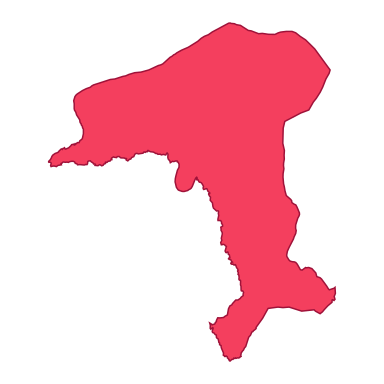 the district of Tsorona, Debub, Eritrea
{"feature_id": "51966322B5421024020858", "entity_name": "Tsorona", "entity_type": "district", "adm_level": 2, "iso_a3": "ERI", "parent_name": "Eritrea", "parent_adm1": "Debub", "projection": "mercator", "projection_center": [39.222, 14.605], "detail": "fine", "context": "isolated", "style": "filled", "palette": "rose", "viewbox_px": 384, "rotation_deg": 0, "n_neighbors": 0, "source": "geoboundaries", "source_scale": "gbopen_adm2", "svg_char_len": 5975}
<svg xmlns="http://www.w3.org/2000/svg" viewBox="0 0 384 384"><path d="M230.2,23.0L228.6,23.2L212.2,32.0L208.4,34.7L204.4,36.3L201.2,38.3L197.8,41.3L188.2,47.3L181.5,50.2L177.0,52.7L175.1,54.2L173.7,54.8L172.1,56.2L170.1,57.3L162.8,63.9L160.7,64.9L158.4,65.5L148.7,70.0L141.0,72.1L134.7,72.7L129.0,74.4L125.6,75.9L122.9,76.4L114.8,79.0L110.3,79.5L93.6,84.9L91.8,85.9L90.4,87.2L86.2,88.7L82.4,90.6L77.2,94.0L75.9,95.2L74.9,96.7L73.7,100.7L74.2,103.7L74.2,108.6L74.5,110.1L75.8,112.2L76.6,114.9L79.7,119.8L80.0,122.1L80.5,123.1L81.1,123.6L81.3,124.9L82.3,126.2L82.6,127.8L83.4,129.2L83.4,133.8L82.4,138.3L81.8,139.3L79.9,140.7L79.1,142.6L77.3,142.6L76.4,143.7L75.7,143.6L75.2,144.6L74.6,145.0L74.1,144.8L74.0,144.0L73.1,144.6L72.3,144.4L71.6,144.7L71.0,145.6L68.7,147.8L65.9,149.0L65.2,149.1L64.5,147.7L63.3,148.5L62.9,148.5L62.3,149.4L61.6,148.9L61.2,149.0L59.0,151.1L58.5,152.0L56.8,152.9L55.2,153.4L52.8,155.1L51.9,156.4L51.2,158.2L50.3,159.7L48.8,161.2L48.6,161.9L48.9,162.3L49.9,162.2L50.6,162.4L51.2,163.3L50.6,165.7L51.1,166.6L52.3,166.2L54.1,166.0L56.4,166.6L58.0,165.4L61.4,164.8L61.0,163.5L62.2,163.0L62.7,162.3L63.3,162.0L65.5,162.3L66.9,162.1L68.5,162.4L69.6,161.7L71.6,161.3L73.2,161.3L74.6,161.9L75.3,163.4L76.8,163.7L77.5,164.8L79.9,164.6L84.0,165.0L84.9,164.9L85.4,164.5L87.0,164.6L87.5,163.8L87.8,161.5L88.3,161.1L90.3,160.8L91.4,162.0L92.8,162.7L93.6,164.0L94.9,164.0L95.3,164.3L95.0,165.4L98.0,165.7L99.5,164.7L100.0,164.7L101.7,165.8L103.1,165.3L103.9,164.1L105.5,163.5L105.3,162.8L105.5,162.2L107.1,162.3L108.1,161.3L110.1,161.0L111.1,159.6L111.8,159.7L111.9,159.2L111.4,158.5L111.8,157.9L113.5,156.9L114.4,157.3L116.6,157.6L117.2,156.6L119.0,156.5L119.4,156.6L120.4,157.7L121.2,157.9L124.3,158.0L125.1,158.5L126.0,158.4L126.5,158.7L126.1,159.5L126.2,160.0L127.8,160.9L129.6,159.2L130.7,159.1L131.7,157.5L133.8,156.6L134.8,154.3L135.9,153.5L136.9,153.4L138.4,153.9L143.0,153.2L143.8,152.1L144.4,152.0L145.2,152.4L146.4,151.6L147.1,151.8L147.7,151.5L147.7,150.6L148.0,150.4L150.3,151.7L153.5,152.1L155.8,153.5L157.0,153.5L157.9,154.3L160.3,154.2L161.3,154.9L163.5,154.4L165.5,155.0L165.9,154.9L166.6,153.4L167.1,153.0L167.7,153.7L168.0,154.7L167.8,157.2L168.2,159.0L169.9,161.1L170.3,162.7L172.5,161.3L173.8,161.6L176.0,160.9L177.2,161.1L177.2,161.8L178.2,162.3L179.1,164.3L179.0,167.3L177.4,170.3L175.8,176.3L175.3,178.7L175.1,181.9L176.4,187.3L178.0,189.7L178.9,190.3L182.1,191.4L184.0,191.5L187.8,190.5L188.7,189.7L189.9,189.2L191.1,188.3L192.3,186.4L195.0,179.6L195.8,178.0L196.7,177.2L197.0,177.5L196.9,178.0L197.2,178.5L196.7,179.5L196.9,179.9L198.0,179.8L198.9,181.7L199.5,182.2L200.4,182.3L201.5,182.9L203.1,185.5L203.5,186.6L203.1,187.8L203.2,188.8L203.8,189.5L206.4,188.6L206.9,188.8L208.0,191.3L209.8,193.0L209.7,193.5L208.7,193.7L208.6,194.1L209.4,195.9L210.5,197.1L210.2,200.3L212.4,202.8L212.9,206.4L213.5,208.2L216.6,211.0L217.9,210.8L218.4,211.1L218.6,212.0L218.3,213.1L218.7,215.5L217.9,219.2L218.0,220.5L220.7,220.6L221.6,222.2L221.5,223.2L222.6,225.0L222.5,226.3L220.8,227.2L221.1,229.0L221.0,230.2L222.2,232.5L222.3,234.0L221.3,238.3L221.8,240.3L220.7,242.6L221.3,244.8L222.0,244.8L222.9,244.3L224.2,244.6L224.7,244.9L225.4,245.8L226.4,246.4L225.1,251.0L225.7,252.3L226.2,252.7L227.4,252.0L228.0,252.2L228.3,254.2L229.3,254.8L229.9,257.8L228.8,258.1L228.5,258.8L229.2,259.4L230.8,259.8L231.5,261.3L232.4,262.1L231.2,262.7L230.8,263.2L230.9,263.7L232.0,264.3L233.2,264.2L234.1,265.1L235.1,264.6L235.6,264.9L236.6,267.7L237.6,268.9L238.1,270.3L237.6,270.9L237.7,271.5L238.4,272.7L238.0,274.4L238.8,275.0L239.1,277.4L238.9,279.2L239.4,280.1L240.4,280.3L240.6,281.0L240.5,284.9L241.0,286.2L241.1,290.2L241.4,290.9L242.7,290.9L243.6,292.4L243.1,294.1L243.2,295.6L241.1,297.2L240.3,298.4L237.9,300.0L235.8,300.0L235.4,300.4L232.4,303.7L231.9,304.8L229.9,305.9L228.5,308.7L227.4,314.9L224.5,316.6L223.6,317.5L220.0,317.9L217.7,317.8L216.4,320.5L216.4,321.6L215.3,322.5L215.0,323.7L214.3,324.2L212.7,324.5L212.1,324.9L211.3,324.0L209.7,323.0L210.3,325.1L210.2,328.4L210.8,329.2L212.6,327.6L213.2,328.1L212.2,331.2L212.6,332.5L213.9,332.9L215.2,334.6L216.3,335.0L216.4,337.3L216.9,338.1L218.2,339.0L218.9,342.5L219.5,342.8L219.6,343.4L219.6,344.7L221.1,345.6L221.1,346.8L221.5,348.3L223.5,353.0L223.3,355.2L224.4,355.8L224.5,356.3L225.0,356.6L226.1,356.0L227.2,356.6L227.4,357.9L228.2,358.5L228.7,359.4L229.2,359.7L229.2,360.5L229.6,360.9L230.2,361.0L231.8,359.4L233.0,359.4L233.7,358.2L234.5,358.5L235.4,357.9L235.9,358.4L237.7,357.8L238.7,358.0L239.8,357.5L240.0,356.9L241.1,356.4L240.7,355.0L241.1,354.1L241.1,353.1L242.7,350.8L243.4,350.2L244.5,347.9L245.7,346.6L248.7,337.2L250.5,335.2L251.8,332.1L253.0,331.5L253.4,330.7L254.4,330.1L256.1,328.6L256.0,327.6L256.5,326.8L262.6,318.3L268.1,308.4L278.0,307.1L282.9,307.6L289.1,307.1L301.7,311.1L314.1,309.8L315.5,311.2L320.1,313.7L322.5,311.8L324.2,309.7L327.8,305.8L332.0,302.3L332.1,300.0L332.8,299.7L334.0,300.5L335.0,299.3L334.2,296.5L335.4,293.4L335.0,287.4L334.1,288.2L329.3,289.8L328.4,288.9L326.7,286.1L321.5,279.0L320.0,277.7L316.8,276.6L315.8,272.9L311.9,268.6L308.7,267.5L306.1,267.8L305.6,267.5L302.1,270.1L300.4,269.7L297.2,264.1L295.7,262.4L294.0,261.8L292.9,261.8L290.3,261.2L288.8,259.8L286.8,256.4L286.7,254.9L287.4,251.2L289.2,247.2L293.4,239.1L294.1,236.9L295.7,233.5L296.2,230.6L295.6,228.3L295.7,224.9L297.8,218.1L298.9,216.2L299.5,214.5L299.4,212.8L297.0,207.1L295.8,204.9L294.2,204.2L291.9,202.6L291.6,200.6L290.6,199.3L286.3,195.6L285.0,190.9L284.3,186.7L283.6,183.9L283.0,177.2L283.1,173.7L283.9,168.8L283.5,165.7L283.6,163.0L284.3,159.0L284.1,155.2L284.4,150.5L282.8,143.3L283.2,128.1L284.8,121.4L300.8,113.0L308.8,110.0L313.3,102.1L316.3,98.3L320.2,92.2L322.7,87.1L325.9,79.0L329.1,73.4L330.1,70.0L314.7,48.9L305.6,39.9L300.1,36.3L295.7,32.8L292.0,31.4L286.4,31.4L280.6,32.1L278.1,32.9L275.0,34.4L268.4,34.3L262.3,33.4L258.6,33.7L251.3,30.9L248.2,30.4L240.5,25.4L236.5,24.7L234.4,23.7L231.0,23.4L230.2,23.0Z" fill="#f43f5e" stroke="#9f1239" stroke-width="1.5"/></svg>